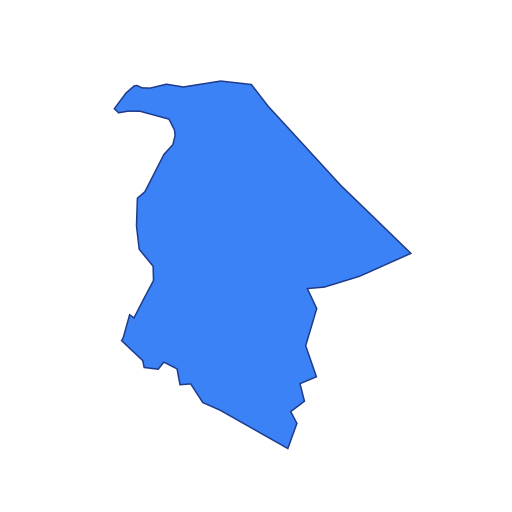 Surry, Virginia, United States of America (orthographic projection), rotated 256°
{"feature_id": "52423323B96446812738870", "entity_name": "Surry", "entity_type": "district", "adm_level": 2, "iso_a3": "USA", "parent_name": "United States of America", "parent_adm1": "Virginia", "projection": "orthographic", "projection_center": [-76.881, 37.096], "detail": "fine", "context": "isolated", "style": "filled", "palette": "blue", "viewbox_px": 512, "rotation_deg": 256, "n_neighbors": 0, "source": "geoboundaries", "source_scale": "gbopen_adm2", "svg_char_len": 851}
<svg xmlns="http://www.w3.org/2000/svg" viewBox="0 0 512 512"><g transform="rotate(256 256 256)"><path d="M61.5,240.3L83.7,255.2L96.6,252.0L103.4,267.9L121.5,267.8L124.2,285.4L156.9,282.5L190.3,302.2L212.0,297.9L209.3,314.8L211.3,351.6L215.5,375.3L221.1,406.9L286.9,366.0L303.5,355.6L398.6,303.9L423.5,293.0L434.3,264.1L437.6,226.3L444.4,210.6L444.4,209.7L444.5,194.0L446.7,186.1L450.2,181.8L450.5,179.0L445.7,169.4L433.2,154.2L428.2,157.3L427.5,166.9L424.5,178.5L410.6,203.3L409.8,204.7L397.9,207.4L392.4,206.6L384.2,202.3L376.9,191.3L345.2,163.7L340.8,154.9L314.1,147.3L290.8,144.3L270.9,153.7L257.0,150.6L241.3,136.5L225.4,122.6L229.6,119.2L208.7,107.3L206.4,105.1L181.9,120.8L174.9,120.5L169.8,133.7L175.3,140.9L165.6,152.1L149.5,151.1L147.7,161.7L126.7,168.9L115.1,183.8L61.5,240.3Z" fill="#3b82f6" stroke="#1e3a8a" stroke-width="1.5"/></g></svg>